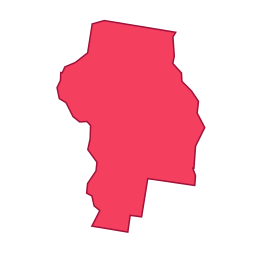 the district of Berrien, Georgia, United States of America, rotated 8°
{"feature_id": "52423323B24042566063234", "entity_name": "Berrien", "entity_type": "district", "adm_level": 2, "iso_a3": "USA", "parent_name": "United States of America", "parent_adm1": "Georgia", "projection": "natural_earth1", "projection_center": [-83.246, 31.251], "detail": "fine", "context": "isolated", "style": "filled", "palette": "rose", "viewbox_px": 256, "rotation_deg": 8, "n_neighbors": 0, "source": "geoboundaries", "source_scale": "gbopen_adm2", "svg_char_len": 673}
<svg xmlns="http://www.w3.org/2000/svg" viewBox="0 0 256 256"><g transform="rotate(8 128 128)"><path d="M198.9,158.7L197.4,136.5L203.9,116.9L194.4,103.6L194.1,91.8L185.8,82.6L174.9,74.3L173.3,66.1L163.4,57.9L163.8,50.4L159.8,31.5L161.9,26.6L89.6,24.9L78.1,29.9L77.6,59.2L66.7,70.5L57.0,76.3L55.3,82.3L53.7,82.4L54.5,90.4L52.1,97.9L55.9,108.5L63.1,111.5L72.0,124.4L79.3,128.7L86.5,127.3L90.6,130.8L92.0,143.9L91.2,155.0L102.0,166.2L102.3,175.0L95.7,188.6L96.1,198.3L101.7,200.3L105.3,209.8L111.6,213.7L105.9,230.2L142.3,231.1L142.3,214.2L153.8,214.1L154.6,175.4L202.1,175.6L201.5,165.9L197.7,158.7L198.9,158.7Z" fill="#f43f5e" stroke="#9f1239" stroke-width="1.5"/></g></svg>